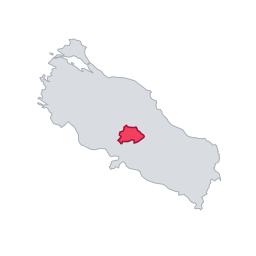 Turkey, with Kayseri highlighted, rotated 35°
{"feature_id": "TUR-2287", "entity_name": "Kayseri", "entity_type": "Province", "adm_level": 1, "iso_a3": "TUR", "parent_name": "Turkey", "parent_adm1": "", "projection": "natural_earth1", "projection_center": [35.883, 38.542], "detail": "fine", "context": "in_parent", "style": "filled", "palette": "rose", "viewbox_px": 256, "rotation_deg": 35, "n_neighbors": 0, "source": "natural_earth", "source_scale": "10m", "svg_char_len": 4548}
<svg xmlns="http://www.w3.org/2000/svg" viewBox="0 0 256 256"><g transform="rotate(35 128 128)"><path d="M196.8,92.3L200.3,93.5L201.4,92.6L204.6,92.7L207.4,93.4L208.9,91.5L210.9,91.7L211.3,92.7L212.3,93.0L215.3,95.5L214.9,95.8L215.7,96.7L218.2,97.3L218.5,98.6L220.5,100.5L221.6,103.4L221.0,105.4L220.0,106.7L221.7,111.1L221.2,111.7L224.3,113.1L228.1,112.9L229.4,113.5L233.2,117.0L234.2,118.3L231.6,116.6L230.2,118.1L229.5,121.5L225.5,122.1L226.1,124.3L227.3,125.3L227.0,127.4L227.3,128.3L228.4,129.7L228.3,131.5L228.8,133.5L228.9,135.9L230.6,136.7L229.9,137.8L228.1,142.6L228.3,143.0L229.5,143.1L232.5,145.4L232.0,146.1L232.4,149.2L234.9,151.3L234.5,152.3L234.6,153.3L232.8,152.9L229.3,155.6L228.9,155.6L228.3,154.6L228.2,151.8L227.3,151.1L226.1,150.9L224.2,152.2L222.4,152.1L220.5,151.9L215.7,150.2L214.0,150.8L212.2,150.1L208.7,153.5L207.6,153.8L207.0,152.1L205.8,151.2L204.2,152.4L198.1,154.1L195.3,154.4L191.8,153.8L189.0,154.0L181.2,157.8L173.8,159.8L167.2,159.6L163.5,157.3L160.7,156.7L152.2,160.3L148.0,160.2L146.6,158.7L143.4,158.1L142.7,159.5L142.0,162.9L143.2,166.1L141.4,166.2L140.2,166.9L139.9,169.3L138.3,170.2L137.7,171.7L137.4,171.7L134.8,170.5L135.5,169.4L133.8,165.0L134.6,163.6L138.1,160.1L138.0,158.0L136.5,156.6L132.1,159.2L131.7,160.2L130.7,161.0L129.1,161.3L121.4,157.9L116.8,160.9L112.9,165.2L109.9,166.8L101.3,168.0L99.7,168.8L96.8,167.9L95.0,166.8L91.1,161.8L83.6,158.1L75.6,157.2L74.9,158.2L74.6,162.0L73.2,165.5L72.6,165.9L70.8,165.0L64.6,167.1L59.4,164.8L58.5,163.8L57.4,159.6L56.7,159.3L55.8,159.9L54.9,159.9L51.2,158.1L49.2,158.0L47.9,159.7L45.9,160.4L45.9,159.9L46.7,158.8L43.5,159.0L41.8,159.9L39.6,159.4L39.7,158.9L41.6,158.3L45.8,157.7L48.6,154.9L38.5,155.1L37.5,155.7L37.4,154.2L38.0,153.5L40.7,153.0L40.5,151.8L38.9,150.6L37.2,149.9L36.5,146.9L35.6,146.1L35.7,145.7L37.4,145.2L37.8,143.0L37.6,141.6L34.4,140.5L33.6,140.6L32.9,139.4L31.5,138.6L30.4,139.2L27.1,137.5L27.8,136.2L28.6,136.2L28.8,135.2L28.2,133.5L28.3,132.6L29.0,132.4L29.8,132.5L30.6,133.6L30.6,135.5L31.5,136.6L32.1,135.5L33.6,136.1L36.3,135.5L36.8,135.0L34.8,135.1L34.1,134.6L32.6,131.4L34.3,130.5L35.5,128.9L33.3,127.9L33.8,125.8L32.0,123.3L34.6,120.1L34.5,119.7L33.7,119.5L25.7,120.8L25.6,119.4L26.3,118.2L26.3,115.2L26.7,113.6L28.2,113.1L30.1,110.7L33.1,107.8L36.1,107.9L37.4,107.1L39.2,107.1L39.7,108.2L41.2,109.0L44.1,108.8L45.4,108.1L44.2,106.7L45.8,106.3L47.0,106.6L46.3,108.1L46.7,108.3L50.3,107.8L54.1,108.2L58.3,108.0L58.8,107.5L55.9,106.0L57.8,104.6L58.9,104.4L67.7,103.1L67.7,102.8L62.4,102.1L59.7,100.4L58.9,99.4L59.5,97.0L60.1,96.4L62.1,96.3L68.6,97.4L73.4,96.8L78.5,98.3L83.4,98.0L84.4,97.3L85.7,95.0L92.7,91.3L95.2,89.4L106.0,85.5L122.2,86.2L125.0,84.7L126.6,85.2L126.2,86.2L126.3,87.1L128.2,89.4L131.1,90.7L135.1,89.6L136.5,90.0L137.9,93.6L140.4,95.7L141.6,95.8L143.1,94.6L144.5,94.4L146.9,95.7L147.7,96.9L155.5,98.4L157.1,99.5L162.3,100.5L173.9,98.0L178.1,99.7L181.7,100.3L183.2,100.0L187.8,98.0L189.3,96.9L192.2,95.9L195.8,93.6L196.8,92.3ZM47.9,86.0L47.5,87.6L48.2,89.4L49.7,91.8L51.4,93.0L59.1,96.3L57.9,99.4L56.0,99.9L49.3,98.4L46.5,99.6L44.5,99.3L41.8,99.9L41.0,101.7L39.0,103.8L33.5,106.5L28.4,111.7L27.0,112.4L27.7,110.6L27.7,109.0L29.9,107.2L33.0,105.8L33.8,104.7L26.2,104.9L25.5,103.3L26.3,103.0L28.8,100.1L29.1,99.0L29.0,96.2L32.0,94.6L32.3,93.9L31.9,91.1L29.1,89.5L29.2,88.8L31.2,88.0L32.5,86.1L35.4,85.7L36.9,84.8L39.5,84.3L42.6,86.7L46.4,85.8L47.9,86.0ZM24.4,111.5L21.9,111.9L21.1,111.5L21.9,110.7L23.9,110.1L24.5,110.9L24.4,111.5Z" fill="#d9dde1" stroke="#a8b0b8" stroke-width="1"/><path d="M126.9,143.9L127.1,143.0L127.1,142.3L127.6,142.0L127.5,141.5L127.3,141.0L127.2,140.4L127.4,139.8L127.1,138.9L125.2,138.8L124.6,138.2L123.8,136.0L124.1,135.4L124.6,135.0L125.6,133.4L125.6,132.8L125.5,132.1L125.5,131.5L124.8,130.5L124.2,129.5L124.6,128.8L124.8,128.0L124.8,127.7L124.8,127.3L124.9,127.1L125.1,126.8L127.6,127.2L128.9,126.4L129.4,126.2L133.0,124.0L133.9,122.7L134.5,122.7L135.1,123.0L135.3,123.4L135.4,123.5L135.8,123.7L136.1,123.7L137.2,124.5L138.3,124.6L139.2,124.3L141.0,124.6L141.5,125.0L142.1,125.2L143.1,124.9L144.2,124.9L145.1,125.0L146.0,125.5L146.4,126.7L145.9,128.1L145.7,128.6L145.5,129.1L145.2,130.2L144.7,131.5L144.6,131.9L144.4,132.4L144.3,133.0L143.9,133.2L143.7,133.6L143.6,134.3L143.2,134.9L142.4,135.9L142.0,136.4L141.6,136.8L141.1,136.3L140.9,135.6L140.4,135.0L139.9,134.7L138.9,134.9L138.1,135.4L137.6,135.8L137.1,137.0L136.8,137.4L136.3,138.4L135.7,139.2L131.6,142.0L131.8,144.5L131.2,144.8L129.8,144.3L128.8,144.0L126.9,143.9Z" fill="#f43f5e" stroke="#9f1239" stroke-width="1.5"/></g></svg>